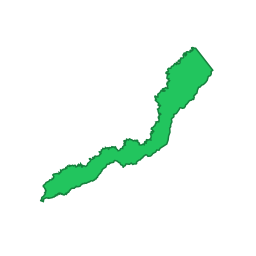 outline of Putumayo, Loreto, Peru, rotated 290°
{"feature_id": "86281439B99020092108711", "entity_name": "Putumayo", "entity_type": "district", "adm_level": 2, "iso_a3": "PER", "parent_name": "Peru", "parent_adm1": "Loreto", "projection": "mercator", "projection_center": [-73.854, -1.731], "detail": "fine", "context": "isolated", "style": "filled", "palette": "green", "viewbox_px": 256, "rotation_deg": 290, "n_neighbors": 0, "source": "geoboundaries", "source_scale": "gbopen_adm2", "svg_char_len": 5833}
<svg xmlns="http://www.w3.org/2000/svg" viewBox="0 0 256 256"><g transform="rotate(290 128 128)"><path d="M211.3,187.9L226.1,164.3L225.7,163.1L225.8,161.4L225.2,160.4L224.6,160.6L224.0,162.2L223.4,162.3L222.5,161.8L222.8,160.7L222.3,160.0L221.8,159.9L221.3,160.8L220.5,160.4L220.0,157.7L219.5,156.9L218.7,156.7L217.0,157.9L215.6,157.4L215.8,156.7L217.5,156.1L217.8,155.7L217.6,155.2L215.4,154.8L213.8,156.0L213.1,156.0L212.4,155.5L212.2,154.5L211.6,153.6L210.2,154.2L209.0,152.6L207.9,152.2L207.1,152.5L208.5,153.1L208.6,154.0L207.4,154.5L206.3,154.4L205.5,153.6L206.0,151.4L204.7,152.0L204.2,151.7L204.8,150.3L204.5,149.9L201.7,149.1L200.7,147.8L198.7,147.8L198.0,145.8L197.4,145.4L196.4,145.4L195.7,146.3L195.1,146.5L194.4,146.1L193.8,145.0L192.9,144.8L192.4,145.0L192.2,145.7L193.2,147.6L193.0,148.2L192.3,147.9L191.8,147.3L191.0,147.0L188.6,147.4L188.0,147.6L187.8,148.1L188.3,149.4L187.0,149.4L186.7,150.9L185.8,150.7L184.6,149.4L183.4,150.1L183.2,149.3L182.0,149.8L181.5,150.8L180.2,151.0L178.9,151.9L178.5,151.2L178.9,149.7L177.7,148.8L176.7,147.2L176.0,147.0L175.4,147.3L175.9,149.5L175.6,150.0L175.2,149.9L174.5,148.1L174.5,146.3L172.1,145.9L170.0,144.5L167.3,145.5L167.0,144.6L167.5,143.1L167.0,142.4L165.8,143.1L164.6,144.7L163.8,144.1L163.4,144.2L161.6,148.5L159.8,148.5L159.7,149.1L160.4,150.4L160.3,150.8L159.8,150.9L159.3,150.1L157.2,150.5L155.8,149.3L154.6,150.5L154.1,150.6L152.4,151.8L152.7,153.4L152.2,154.1L151.6,153.9L151.5,152.7L151.0,152.7L149.7,153.3L148.7,152.7L148.3,152.9L148.3,153.7L147.4,153.5L147.0,154.2L144.4,154.8L144.1,154.4L144.1,153.6L143.1,152.1L142.4,152.9L140.9,152.3L139.3,152.5L138.6,151.8L137.4,151.5L136.5,150.4L135.6,150.1L134.9,150.3L135.0,151.2L134.3,151.9L133.9,153.0L133.4,153.4L133.1,153.3L133.2,152.1L132.5,151.2L131.8,151.3L131.6,152.3L131.2,152.6L130.7,151.5L130.1,151.1L129.1,152.0L127.4,152.9L125.9,152.8L124.5,153.6L124.4,153.2L124.9,152.3L123.9,151.6L123.4,149.5L122.9,149.4L122.4,150.1L122.0,150.1L121.0,148.6L120.7,148.9L120.6,149.9L120.0,150.2L119.8,148.6L119.3,148.5L118.6,148.9L117.8,148.9L118.0,147.6L116.8,146.7L116.3,145.6L116.2,144.2L117.6,143.9L118.1,142.1L119.5,141.3L119.7,140.6L118.4,140.1L118.9,138.7L117.9,137.9L117.8,136.8L118.2,135.6L118.0,134.4L118.4,133.4L118.2,133.0L116.9,132.6L117.0,130.5L115.6,130.7L115.0,129.1L114.4,128.6L114.0,129.0L113.9,130.5L113.1,130.5L113.6,130.0L113.4,129.7L111.8,129.6L111.3,130.0L111.4,131.0L111.0,131.3L110.6,130.6L108.6,129.5L106.9,130.0L106.8,129.1L105.9,128.1L104.5,128.0L103.5,127.1L103.2,126.4L103.9,125.5L104.4,124.1L105.7,123.0L106.0,122.4L105.8,122.2L105.2,122.5L104.9,122.2L105.3,120.9L104.7,120.1L105.0,119.7L104.9,119.2L104.1,119.2L103.6,118.7L103.3,117.4L101.5,117.1L101.6,116.7L102.6,116.8L102.7,116.5L102.3,115.4L101.7,114.8L102.0,113.5L101.1,113.7L100.6,113.4L100.2,111.3L99.3,111.6L98.1,110.5L97.1,111.0L96.3,110.8L95.8,109.2L95.5,109.4L95.5,110.5L94.8,111.3L94.5,111.2L94.3,110.6L93.6,110.9L93.1,110.5L91.9,110.3L90.5,108.1L90.5,107.0L90.0,106.4L88.2,106.7L88.0,106.3L88.6,105.6L88.2,105.0L87.3,105.8L86.5,105.4L86.0,104.3L86.3,102.8L86.0,102.3L85.5,102.6L85.2,103.7L84.6,104.0L83.5,103.8L80.9,102.3L79.1,102.4L77.4,101.5L77.5,100.1L77.0,98.6L75.8,98.4L75.5,97.9L76.0,97.3L77.3,97.8L77.4,96.7L78.2,95.7L76.8,95.9L76.5,95.5L76.8,94.3L75.6,94.8L75.8,93.5L74.7,93.6L73.7,92.7L73.6,92.1L74.6,91.7L74.9,90.9L73.7,89.8L74.1,88.8L73.1,87.6L72.9,85.9L72.2,86.5L71.9,86.3L71.8,84.3L70.4,84.0L70.0,83.5L69.3,84.0L69.2,83.1L68.2,83.3L67.3,81.6L66.6,81.3L66.5,80.6L65.1,80.2L65.3,79.2L63.5,80.0L62.7,79.5L62.7,78.4L61.7,79.1L61.2,78.9L61.0,77.0L59.2,73.9L58.2,73.4L56.9,75.0L55.3,75.1L54.7,74.0L54.0,74.6L53.0,73.6L52.5,72.2L50.9,71.9L48.8,69.7L46.7,69.2L45.1,68.1L43.9,68.5L43.7,69.5L42.5,70.7L42.4,71.3L41.7,71.5L41.3,72.2L41.0,72.0L40.5,72.4L39.5,72.3L39.1,72.6L38.8,72.4L39.0,72.0L38.6,71.9L38.5,72.5L37.1,72.8L36.3,72.2L35.2,72.1L33.3,70.8L32.3,70.9L32.0,71.4L31.6,71.4L30.5,71.0L30.2,70.7L29.9,70.8L29.9,73.6L30.6,73.5L31.0,73.1L31.4,73.3L32.7,73.2L34.5,75.1L34.8,77.3L35.1,77.3L35.1,78.0L36.8,80.8L37.7,81.4L37.8,82.1L38.9,82.6L39.2,83.2L40.0,82.8L40.5,83.5L40.4,84.2L40.9,84.2L41.1,84.6L41.4,84.3L42.0,84.5L42.2,85.6L42.7,85.1L43.0,85.3L42.9,86.1L43.5,86.2L43.6,86.9L43.1,87.2L43.0,88.0L43.5,88.2L43.3,88.5L43.6,88.8L43.0,90.0L43.4,90.5L43.4,91.1L45.1,91.9L44.5,92.3L44.5,92.7L46.9,93.3L47.0,93.8L47.8,94.3L49.4,94.4L50.0,95.0L50.5,94.9L52.0,95.7L53.1,98.2L54.1,98.5L54.7,99.3L55.5,99.3L55.6,100.9L56.8,102.8L58.8,103.4L59.1,103.9L60.1,104.2L60.8,105.8L61.4,106.1L61.7,107.5L64.1,109.8L64.2,110.3L65.3,110.9L66.0,111.7L66.1,113.0L67.4,113.7L67.6,114.3L68.6,114.5L69.4,115.5L70.4,115.4L71.2,116.2L71.7,115.9L72.6,116.1L75.4,117.0L76.1,117.6L76.8,117.5L79.0,118.2L79.7,117.9L81.5,118.8L83.6,120.5L86.6,120.6L87.7,122.7L88.9,122.9L88.9,123.4L89.5,123.9L90.8,126.2L92.1,126.2L93.0,126.7L93.2,129.1L92.4,131.3L92.6,132.1L91.1,133.7L91.0,135.2L90.4,136.4L89.6,136.7L89.6,137.0L90.9,137.4L91.6,138.2L93.6,138.5L94.4,141.8L96.1,143.0L95.4,145.0L96.3,145.9L97.0,147.9L97.6,148.2L98.6,147.7L99.8,148.1L101.8,149.5L102.3,150.5L103.9,150.9L105.2,152.0L106.5,152.2L109.0,153.9L109.1,154.9L108.2,156.4L109.4,158.8L110.6,159.5L112.6,160.1L114.8,162.2L117.1,162.5L117.8,164.8L119.9,165.1L126.2,169.9L130.4,169.8L134.4,168.9L138.3,168.9L142.2,167.2L143.8,167.7L144.7,167.2L146.7,166.9L148.7,167.2L151.1,165.8L152.0,165.9L154.0,167.2L154.9,167.1L156.4,166.3L158.2,168.5L162.8,169.7L164.5,169.8L165.1,170.5L165.1,172.4L166.1,173.9L167.6,174.4L169.5,174.3L170.6,175.1L174.7,176.4L176.0,178.2L177.2,178.7L177.1,179.6L177.4,179.9L179.5,179.7L180.4,178.9L181.9,179.3L182.4,180.0L183.2,179.9L184.3,180.8L187.4,180.3L190.5,180.4L191.0,181.6L193.5,182.6L194.7,184.0L197.4,185.4L200.0,186.1L203.8,185.8L204.3,186.1L205.1,187.2L205.9,187.6L207.4,187.7L209.5,186.8L211.3,187.9Z" fill="#22c55e" stroke="#15803d" stroke-width="1.5"/></g></svg>